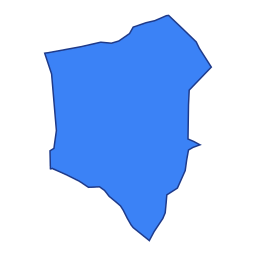 Kelemando, North Darfur, Sudan
{"feature_id": "16777658B85451496706557", "entity_name": "Kelemando", "entity_type": "district", "adm_level": 2, "iso_a3": "SDN", "parent_name": "Sudan", "parent_adm1": "North Darfur", "projection": "albers", "projection_center": [25.825, 13.072], "detail": "fine", "context": "isolated", "style": "filled", "palette": "blue", "viewbox_px": 256, "rotation_deg": 0, "n_neighbors": 0, "source": "geoboundaries", "source_scale": "gbopen_adm2", "svg_char_len": 2374}
<svg xmlns="http://www.w3.org/2000/svg" viewBox="0 0 256 256"><path d="M44.7,53.2L51.6,74.0L56.4,130.6L54.4,144.8L54.1,147.2L53.9,148.4L50.0,150.8L50.2,159.3L50.3,164.8L50.3,165.5L50.4,166.5L50.4,168.1L50.4,168.7L50.4,168.8L50.6,168.9L51.5,168.7L51.9,168.6L52.0,168.5L52.3,168.4L52.4,168.5L52.5,168.5L52.8,168.7L53.0,168.8L53.3,168.9L53.4,169.0L53.5,169.0L53.8,169.1L54.0,169.2L54.0,169.3L54.3,169.4L54.5,169.4L54.5,169.5L54.8,169.6L55.0,169.7L55.4,169.8L55.5,169.9L55.6,170.0L56.0,170.1L56.4,170.3L56.9,170.5L57.0,170.6L57.6,170.8L58.0,171.0L58.3,171.2L58.5,171.2L58.9,171.4L59.6,171.7L59.8,171.8L60.1,171.9L60.6,172.2L61.2,172.4L61.7,172.6L62.8,173.2L63.2,173.3L63.6,173.5L64.3,173.8L64.6,174.0L64.8,174.0L65.3,174.3L65.5,174.4L65.7,174.5L65.8,174.5L66.2,174.6L66.3,174.7L66.6,174.8L66.9,175.0L67.1,175.1L67.3,175.2L67.7,175.4L67.9,175.5L68.0,175.6L69.6,176.3L69.8,176.5L70.5,176.8L72.5,177.8L73.3,178.2L75.7,179.4L75.8,179.5L76.2,179.7L76.7,179.9L77.3,180.2L79.5,181.3L79.7,181.5L80.0,181.7L81.8,182.8L82.9,183.6L84.1,184.4L85.3,185.2L85.4,185.3L88.0,187.0L88.5,187.3L90.1,187.2L91.1,187.2L91.5,187.2L93.2,187.1L93.4,187.1L93.9,187.1L94.0,187.1L95.6,187.0L96.7,186.9L96.8,186.9L97.0,186.9L97.7,186.9L98.0,186.9L98.3,186.9L98.7,186.8L99.0,186.8L99.5,186.8L104.5,190.4L105.6,191.8L106.6,193.0L108.0,194.9L109.2,196.4L113.1,199.6L116.8,202.7L120.5,205.9L123.3,210.3L127.2,218.1L127.3,218.3L131.2,225.1L133.1,227.5L133.3,227.7L133.4,227.8L133.7,228.0L133.8,228.1L134.0,228.3L134.3,228.5L134.6,228.8L134.8,228.9L134.9,229.0L135.2,229.2L135.4,229.4L135.8,229.7L135.9,229.8L136.0,229.9L136.6,230.3L137.2,230.8L137.4,231.0L137.6,231.1L138.1,231.6L138.8,232.1L139.9,233.0L140.0,233.1L140.8,233.7L140.9,233.8L142.0,234.7L143.2,235.6L143.3,235.8L144.9,237.0L145.0,237.1L145.2,237.3L145.7,237.7L146.0,237.9L146.5,238.3L147.3,238.9L147.4,239.1L147.9,239.4L148.1,239.6L148.4,239.8L148.6,240.0L148.8,240.1L149.0,240.3L149.3,240.6L154.1,231.6L162.8,218.5L165.2,212.8L166.2,202.3L166.8,194.9L177.4,188.1L185.2,170.6L186.7,159.8L188.5,150.0L193.0,147.4L200.0,144.8L199.0,144.3L193.8,141.5L188.0,139.0L188.5,104.7L189.2,90.1L211.3,67.1L199.3,48.3L196.2,41.9L183.9,30.0L168.6,15.4L166.3,15.7L160.6,18.2L154.7,20.7L146.1,22.7L133.2,27.1L129.5,33.6L118.8,41.0L111.4,43.2L105.1,42.6L100.7,42.2L80.4,46.8L47.6,52.8L45.7,53.0L44.7,53.2Z" fill="#3b82f6" stroke="#1e3a8a" stroke-width="1.5"/></svg>